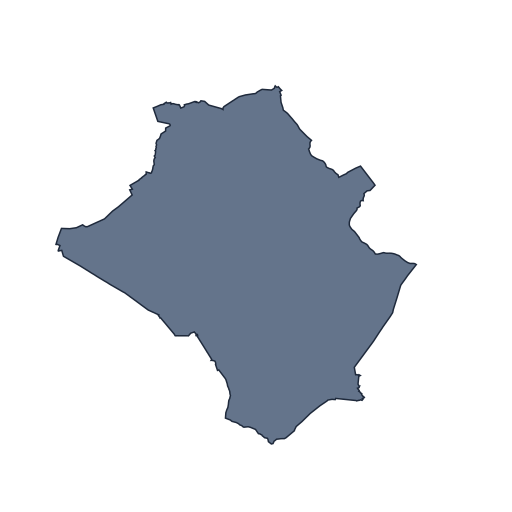 Villamar, Michoacán, Mexico (Robinson projection), rotated 311°
{"feature_id": "50627088B25056877567823", "entity_name": "Villamar", "entity_type": "district", "adm_level": 2, "iso_a3": "MEX", "parent_name": "Mexico", "parent_adm1": "Michoacán", "projection": "robinson", "projection_center": [-102.58, 19.992], "detail": "fine", "context": "isolated", "style": "filled", "palette": "slate", "viewbox_px": 512, "rotation_deg": 311, "n_neighbors": 0, "source": "geoboundaries", "source_scale": "gbopen_adm2", "svg_char_len": 6091}
<svg xmlns="http://www.w3.org/2000/svg" viewBox="0 0 512 512"><g transform="rotate(311 256 256)"><path d="M268.7,400.6L279.4,399.1L283.7,398.6L285.6,398.3L298.4,397.0L302.9,396.3L305.8,394.7L317.0,389.8L328.7,384.5L329.7,384.3L336.9,383.7L340.4,383.3L354.7,382.6L354.4,380.9L353.9,380.0L353.1,379.0L352.3,378.1L351.4,377.1L351.0,375.9L350.6,375.0L350.1,371.9L350.0,369.9L349.9,368.0L349.9,366.2L350.1,365.0L350.0,363.4L349.2,361.4L348.6,359.5L347.8,357.9L346.9,356.4L345.8,355.0L343.9,352.9L343.2,351.9L342.7,350.9L342.3,350.1L341.3,349.4L339.7,348.4L338.3,347.4L337.2,346.6L335.8,344.8L336.5,342.5L336.7,340.9L336.6,339.5L336.4,338.0L336.4,336.4L336.8,334.9L337.3,333.3L337.4,331.8L336.9,329.6L336.7,328.7L336.4,327.8L336.1,326.6L336.4,324.8L336.8,323.3L337.6,321.6L338.6,316.7L339.0,314.8L339.1,313.2L339.0,312.1L339.0,310.8L339.7,308.0L340.2,306.7L341.1,305.6L342.1,304.8L342.7,304.3L343.0,304.1L346.4,302.6L352.2,302.0L354.5,302.0L356.2,302.0L357.4,301.7L358.1,301.1L358.6,300.8L359.3,301.1L360.4,301.6L361.3,301.8L362.3,301.7L362.9,301.0L363.8,300.1L364.4,299.6L365.2,299.2L366.0,298.9L367.0,299.2L367.4,299.6L367.7,300.0L368.1,300.6L368.5,300.1L369.1,299.6L369.9,299.1L370.4,298.8L371.1,298.6L372.1,298.3L373.0,297.8L373.9,296.5L377.3,297.0L378.1,297.1L380.3,299.1L385.3,299.3L387.5,299.4L388.1,297.0L392.4,275.9L387.7,273.6L379.2,270.3L377.4,270.2L374.6,268.9L371.1,267.5L369.7,266.9L371.1,264.6L370.8,262.3L371.0,259.8L371.4,258.6L371.4,257.5L371.2,256.5L370.7,255.2L370.1,253.9L369.5,251.7L369.4,250.6L369.9,249.8L370.8,248.5L371.4,246.5L371.6,244.9L371.4,243.6L370.5,241.8L369.2,238.0L368.5,234.4L368.2,232.4L368.4,231.2L368.7,230.2L369.9,227.8L370.7,226.6L371.2,225.5L372.4,225.5L373.7,225.2L374.7,224.5L375.6,223.5L376.9,222.4L378.2,222.0L379.7,222.0L379.6,216.2L380.4,205.8L380.5,205.6L380.7,204.9L381.8,202.0L382.2,200.7L382.5,198.2L382.6,197.3L383.0,195.0L383.3,193.4L383.6,191.0L384.3,186.2L384.2,183.8L384.1,182.7L384.0,180.9L385.5,179.0L388.4,174.1L392.2,170.1L393.0,169.3L393.8,169.5L395.6,166.0L397.8,166.8L398.0,164.2L398.4,161.8L397.7,161.6L396.9,160.7L397.0,158.9L395.8,159.2L394.6,159.8L391.4,158.8L385.8,151.3L384.7,150.8L383.3,150.3L380.4,149.3L379.4,149.3L378.1,148.9L376.4,147.3L371.1,142.8L370.9,142.6L370.5,142.3L370.4,142.2L370.2,142.1L365.2,138.8L363.8,138.3L348.1,133.9L347.4,133.8L346.9,133.9L346.1,134.0L344.9,135.0L344.5,133.1L338.9,121.3L339.0,115.8L337.0,112.6L335.3,112.7L334.0,112.1L333.8,111.9L333.7,111.2L333.4,110.8L333.2,110.7L332.8,110.3L332.2,108.6L332.7,108.8L332.5,108.5L331.3,107.8L326.6,105.2L325.2,104.0L324.8,103.8L324.2,103.4L323.1,102.7L322.5,103.5L321.4,103.8L318.3,102.2L319.7,99.2L319.4,99.0L319.6,98.4L318.8,97.6L317.7,95.8L316.9,93.9L316.3,93.2L316.2,93.2L315.6,92.3L315.3,92.4L314.9,92.3L315.8,90.9L315.5,90.8L315.1,90.5L313.9,89.3L313.4,88.8L313.3,88.7L313.1,88.4L313.1,88.2L313.2,87.4L311.5,86.9L310.6,86.6L310.1,87.0L307.8,85.0L304.2,83.3L300.3,81.3L293.2,93.6L298.1,102.5L298.5,103.1L298.8,103.9L298.9,104.7L298.3,105.6L297.6,105.6L295.3,104.7L293.3,103.9L291.0,105.8L287.2,104.7L285.8,104.3L283.9,105.2L281.6,106.0L280.4,105.9L278.3,105.4L275.5,106.6L274.7,108.0L273.9,108.4L273.0,108.7L272.5,109.6L271.6,109.8L270.4,110.7L269.3,110.6L269.0,111.7L266.2,113.6L265.4,113.7L264.8,113.6L264.4,114.3L264.3,115.3L262.2,115.6L260.6,116.6L258.2,119.3L256.7,119.3L254.9,120.3L254.4,120.7L253.4,121.2L252.2,121.8L251.6,121.9L251.2,122.0L250.4,122.4L250.3,122.5L250.0,122.5L249.3,122.2L249.1,122.0L249.2,121.9L248.9,121.1L248.1,119.7L247.4,118.0L245.7,119.4L245.1,119.2L245.1,119.3L244.9,119.2L243.8,119.1L242.2,118.7L240.1,118.3L240.0,118.5L237.0,117.7L236.6,118.0L226.6,114.6L225.3,118.9L225.1,118.8L223.4,117.5L223.1,117.3L220.8,122.5L202.9,119.9L195.9,118.3L184.6,117.3L167.5,109.5L166.4,108.3L166.0,107.0L165.8,104.7L159.5,101.9L154.4,97.5L149.2,91.1L140.3,94.4L132.9,97.7L134.2,97.6L135.3,101.2L130.4,103.1L130.1,103.6L131.8,104.9L132.8,105.7L129.6,110.7L129.5,110.9L133.3,130.6L133.5,132.1L135.3,143.4L135.8,146.2L136.2,149.1L136.7,152.1L137.2,154.9L137.7,157.9L138.3,160.9L138.7,163.9L138.9,164.8L138.9,165.0L141.7,179.4L142.1,180.8L144.5,210.1L147.8,221.3L147.1,221.3L146.5,223.9L146.2,224.2L146.7,224.8L143.4,245.6L143.2,246.0L142.8,247.3L143.0,247.6L144.6,249.4L145.5,250.5L149.1,254.6L151.3,257.2L151.4,257.4L155.0,257.4L157.7,259.0L158.2,259.2L157.7,262.5L156.9,262.5L156.7,262.9L158.3,263.2L158.3,263.3L158.1,263.5L157.6,264.3L157.1,264.6L156.8,264.5L156.2,266.6L155.6,268.5L153.4,275.8L151.8,281.0L151.4,282.1L151.1,283.4L150.7,284.5L149.0,290.1L148.9,290.1L148.6,290.5L148.3,290.5L147.8,290.6L148.1,290.9L148.3,291.2L149.2,292.7L149.7,294.0L149.3,294.9L149.3,295.0L148.0,296.6L147.6,296.6L144.4,302.0L145.6,302.6L143.4,313.1L143.0,314.3L140.7,318.1L139.9,319.1L139.3,319.8L138.1,322.4L137.7,322.8L137.4,323.6L136.5,325.1L134.8,326.9L134.0,328.2L131.1,329.7L129.3,330.2L127.7,331.2L125.9,332.5L123.3,334.1L120.7,334.9L117.9,336.1L113.6,339.3L115.4,344.3L115.4,345.5L115.4,346.3L117.4,350.4L118.0,352.9L117.9,354.5L118.6,356.4L118.6,358.6L119.0,359.3L122.0,362.1L123.0,364.1L124.8,369.4L123.5,374.4L123.8,374.9L124.4,375.7L124.3,376.3L124.8,377.7L124.4,378.9L124.6,379.8L124.5,380.7L124.5,381.7L124.9,382.4L125.9,384.2L125.5,385.3L124.0,387.2L124.1,389.0L124.2,390.9L125.6,391.9L128.3,391.1L129.1,391.4L131.2,391.7L132.6,393.0L134.4,394.6L135.9,396.2L136.7,397.2L138.5,397.9L139.8,398.1L149.4,399.6L149.9,399.2L153.7,398.2L161.1,399.3L172.7,400.2L184.9,402.5L193.2,404.7L194.5,404.8L197.7,407.4L199.6,410.0L200.8,409.6L212.6,426.4L212.7,427.1L213.5,427.5L214.0,428.0L214.5,428.2L215.0,428.8L216.1,429.3L216.6,430.7L218.0,430.7L218.2,429.8L218.9,430.1L219.2,430.4L220.3,430.6L220.5,429.5L220.3,428.7L220.2,428.5L220.5,428.0L220.6,426.8L221.5,426.2L221.2,424.8L221.6,424.4L221.4,422.4L221.9,422.5L222.2,422.1L222.6,419.8L222.8,419.3L224.1,420.1L224.6,420.0L225.4,419.5L225.5,419.5L225.4,419.4L225.6,419.3L226.0,417.4L226.7,416.7L232.7,412.5L234.2,413.1L233.9,411.5L233.5,411.5L233.2,411.2L232.8,410.3L232.5,409.8L231.8,409.3L231.8,409.0L236.5,403.2L268.7,400.6Z" fill="#64748b" stroke="#1e293b" stroke-width="1.5"/></g></svg>